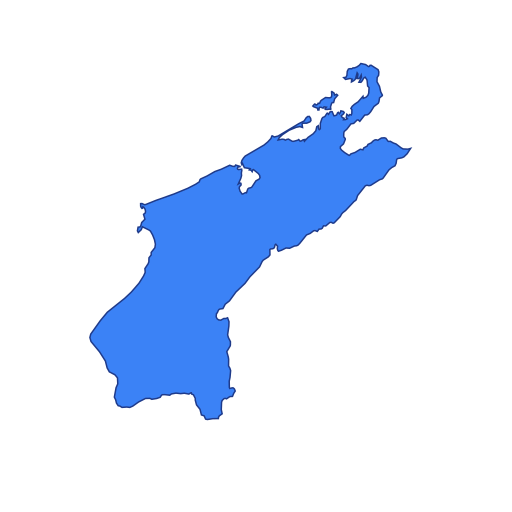 outline of Rio de Janeiro, rotated 156°
{"feature_id": "BRA-627", "entity_name": "Rio de Janeiro", "entity_type": "State", "adm_level": 1, "iso_a3": "BRA", "parent_name": "Brazil", "parent_adm1": "", "projection": "albers", "projection_center": [-43.333, -22.065], "detail": "fine", "context": "isolated", "style": "filled", "palette": "blue", "viewbox_px": 512, "rotation_deg": 156, "n_neighbors": 0, "source": "natural_earth", "source_scale": "10m", "svg_char_len": 6088}
<svg xmlns="http://www.w3.org/2000/svg" viewBox="0 0 512 512"><g transform="rotate(156 256 256)"><path d="M442.8,175.3L443.3,178.4L442.7,181.7L442.8,184.7L437.4,192.6L434.3,195.4L432.1,201.0L433.2,204.9L437.1,209.8L437.5,214.3L436.3,221.3L437.9,232.1L441.5,245.0L440.9,249.1L438.7,251.9L424.6,260.2L414.7,265.1L393.3,270.7L384.7,273.7L374.0,278.7L366.8,283.5L363.9,286.1L362.6,289.7L357.7,292.8L356.3,294.2L354.5,297.9L351.3,299.6L350.3,301.9L345.0,304.7L343.1,307.7L342.1,312.3L341.9,317.3L342.3,321.7L343.3,323.4L347.9,328.9L350.1,326.7L354.0,325.3L354.1,327.2L352.0,330.3L350.2,329.7L349.0,330.4L346.8,333.1L342.5,334.8L341.8,339.8L339.6,340.4L338.8,341.6L338.3,343.7L338.6,345.9L339.3,347.0L340.2,345.8L340.8,345.8L341.2,347.3L341.1,348.5L340.1,350.8L338.8,350.3L337.1,348.3L335.9,347.9L324.8,347.5L305.6,346.0L290.8,345.6L282.0,346.1L277.7,346.8L276.0,348.6L275.1,348.9L268.1,349.0L259.2,349.9L252.6,349.4L243.1,349.6L240.8,347.4L239.1,346.5L237.6,347.4L233.7,343.9L236.3,344.6L237.4,343.6L237.4,342.7L236.7,342.0L233.8,341.2L234.1,340.0L235.6,337.8L236.5,335.3L238.4,333.0L242.9,329.0L241.1,329.2L240.3,328.8L240.3,328.0L240.8,326.9L242.9,326.0L243.8,324.8L244.2,321.6L243.5,318.3L242.3,318.0L239.9,318.2L239.0,317.6L236.3,320.5L235.2,320.9L232.7,320.5L231.7,320.7L225.5,324.7L221.8,325.0L220.4,326.0L219.9,328.2L220.3,330.3L223.2,336.0L223.9,336.0L225.2,334.6L225.6,336.4L227.1,337.4L225.8,338.2L230.7,341.4L230.7,346.0L231.7,345.3L231.6,347.1L229.9,349.1L227.4,350.7L225.2,351.7L203.5,354.1L198.9,355.4L194.5,357.3L192.7,359.2L192.2,359.1L190.9,357.3L187.0,356.6L163.1,359.5L157.1,359.8L153.9,361.9L152.0,362.4L150.5,361.8L150.1,359.5L150.7,357.4L152.1,356.6L155.6,356.7L158.8,358.1L159.9,358.0L160.4,357.5L161.2,354.5L163.3,356.4L166.9,357.2L174.6,357.4L182.4,356.1L186.5,354.7L188.6,353.0L184.6,352.1L182.8,351.0L182.1,349.9L180.6,350.0L178.8,349.6L176.2,346.0L174.8,345.4L170.5,344.8L169.6,345.0L169.0,342.9L167.6,342.7L165.7,343.0L163.7,342.5L165.1,341.8L165.1,341.1L160.2,343.2L154.0,344.4L150.4,346.1L147.9,349.4L146.1,349.7L147.1,346.6L146.8,345.7L145.5,346.1L143.3,351.0L139.9,354.7L138.7,355.4L136.4,355.4L133.1,357.5L132.7,357.5L132.1,355.9L129.9,357.5L128.3,357.3L127.7,356.9L127.8,352.4L127.0,352.1L125.0,352.0L123.3,353.6L122.4,353.8L122.0,352.0L120.6,352.8L119.4,354.1L117.3,352.4L117.1,351.1L118.3,350.2L121.1,349.4L121.1,348.5L120.6,347.0L119.6,346.3L119.5,345.8L120.6,344.9L118.8,344.2L116.7,344.2L117.3,345.8L115.4,348.5L114.2,346.3L112.8,347.1L111.6,346.1L110.5,347.2L108.9,350.7L109.3,352.2L107.3,353.6L104.5,354.5L100.0,355.3L93.3,358.4L93.9,356.4L90.8,356.3L88.5,357.2L86.8,358.9L84.2,363.9L84.9,365.9L83.2,370.9L83.0,372.1L83.6,375.0L85.4,374.6L87.6,372.9L89.5,372.0L91.3,372.9L86.9,376.5L86.3,378.5L88.6,376.6L90.1,376.3L91.5,377.0L89.3,379.9L88.9,380.9L89.1,382.2L92.6,377.9L93.8,376.9L95.5,376.4L98.0,376.2L97.3,377.5L96.2,378.4L97.9,379.9L102.4,380.9L103.3,383.3L101.2,382.7L99.5,384.0L97.5,387.6L95.5,389.2L93.9,388.9L92.4,388.1L91.0,388.4L89.5,387.8L86.9,387.7L84.1,388.2L81.9,389.2L78.0,386.3L76.2,383.3L75.2,383.1L74.4,383.8L73.3,383.5L68.7,376.6L68.9,374.2L70.5,371.2L72.7,369.8L74.6,366.0L74.2,360.8L75.3,355.1L75.1,351.6L75.4,351.1L78.8,350.2L80.9,347.0L82.2,345.8L87.4,344.6L92.5,341.2L95.0,340.0L96.7,339.7L99.4,340.5L106.4,336.8L107.3,338.7L108.3,339.1L112.8,337.4L115.5,338.1L121.6,334.8L124.7,333.9L125.7,332.8L127.1,329.9L127.3,328.7L126.7,327.2L127.0,326.2L130.5,322.8L134.4,321.6L135.2,320.0L134.8,318.0L132.9,314.3L130.1,310.1L129.7,309.9L127.8,310.7L123.4,310.3L117.3,311.1L115.1,309.5L113.6,310.9L109.8,311.2L108.3,312.4L104.5,312.5L102.7,313.3L100.6,313.7L99.1,313.4L97.6,312.2L93.5,312.8L90.7,311.8L89.5,310.8L88.7,307.2L88.3,306.7L86.7,306.2L84.5,303.3L82.5,301.4L79.5,295.9L78.1,294.0L73.7,291.8L71.0,291.4L76.4,287.9L80.6,286.4L82.9,286.4L87.1,287.4L88.2,287.0L90.3,283.7L92.3,281.9L96.0,281.6L99.5,280.6L108.1,275.5L109.2,275.1L112.0,275.4L122.5,273.9L124.2,274.3L125.8,275.5L127.5,275.7L138.6,269.9L141.5,266.7L142.2,266.3L144.3,265.9L155.7,261.1L159.0,260.3L160.6,259.6L163.1,257.7L171.1,254.5L172.3,254.6L173.6,256.2L174.9,256.6L180.0,255.1L182.1,256.1L184.2,254.4L185.5,254.2L187.5,254.9L190.0,253.5L191.7,255.2L193.0,255.6L197.3,254.6L201.3,254.7L211.0,249.7L213.4,248.8L214.9,248.9L216.9,249.5L222.1,249.4L225.3,251.1L230.4,250.9L233.5,251.2L233.8,252.1L233.6,253.9L232.3,256.2L233.1,258.7L234.2,258.3L235.4,256.6L236.4,255.9L237.6,255.8L239.9,256.5L240.7,256.3L242.8,251.3L245.0,250.2L251.0,249.3L252.6,248.5L257.2,244.6L270.0,239.5L277.1,235.5L289.1,231.2L298.5,225.8L303.7,224.5L307.6,221.4L310.4,222.2L311.5,222.2L312.6,221.6L314.4,219.9L315.6,219.4L317.1,216.7L317.1,214.6L316.2,212.9L314.3,211.7L310.8,212.0L309.0,211.2L307.1,211.1L307.4,206.9L309.3,203.0L314.0,195.5L314.4,192.7L314.2,188.1L315.6,185.1L316.2,184.3L321.6,180.5L322.4,175.0L323.0,172.8L325.8,166.7L325.5,164.1L325.8,161.6L329.1,155.7L331.4,152.5L333.8,146.8L333.9,145.7L331.3,145.2L330.4,144.7L329.8,143.3L329.9,141.1L332.2,139.6L334.6,137.3L337.1,138.2L341.0,137.5L342.1,138.5L343.2,138.7L345.7,137.8L347.0,136.3L350.2,129.8L351.1,125.6L354.5,124.9L355.7,124.1L356.5,122.8L361.7,125.0L366.9,126.4L368.4,127.5L368.4,131.1L370.5,133.0L369.5,138.7L370.9,144.2L370.1,149.1L369.4,150.6L369.6,154.7L370.9,156.0L370.7,157.3L371.0,157.5L373.5,157.2L377.3,159.8L380.8,160.9L384.9,163.3L389.4,164.4L391.4,163.9L395.6,166.4L397.8,167.3L398.9,167.3L401.0,165.9L404.6,166.2L409.5,167.5L410.8,169.1L414.9,170.8L422.6,170.4L429.6,169.0L432.9,169.0L435.5,170.6L440.0,172.2L441.4,174.3L442.8,175.3ZM139.7,366.0L142.8,369.1L143.1,369.9L140.7,371.0L140.2,370.7L139.7,369.5L138.0,369.5L137.1,370.3L135.8,369.6L134.1,371.2L132.9,371.7L128.0,372.5L124.6,370.6L123.1,370.4L122.2,370.9L121.3,372.3L120.2,375.3L119.8,375.4L118.4,373.1L118.8,371.1L116.6,371.0L116.0,369.6L120.2,367.6L122.7,364.6L123.9,365.2L125.1,364.4L127.3,361.9L127.9,359.7L128.5,359.6L129.2,360.4L131.1,360.8L133.1,361.8L133.1,362.5L131.2,363.3L133.2,364.6L134.6,363.8L136.1,365.4L137.4,366.0L138.0,365.6L139.1,363.8L140.1,364.2L139.7,366.0Z" fill="#3b82f6" stroke="#1e3a8a" stroke-width="1.5"/></g></svg>